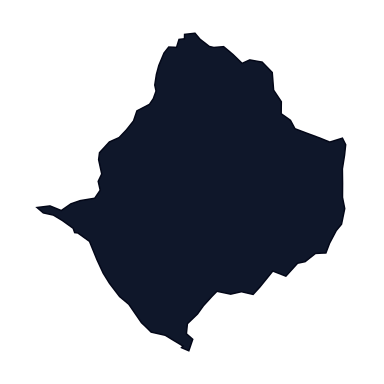 the district of Stavrokonnou, Paphos, Cyprus, rotated 274°
{"feature_id": "46923920B66998759901759", "entity_name": "Stavrokonnou", "entity_type": "district", "adm_level": 2, "iso_a3": "CYP", "parent_name": "Cyprus", "parent_adm1": "Paphos", "projection": "equal_earth", "projection_center": [32.616, 34.788], "detail": "fine", "context": "isolated", "style": "filled", "palette": "ink", "viewbox_px": 384, "rotation_deg": 274, "n_neighbors": 0, "source": "geoboundaries", "source_scale": "gbopen_adm2", "svg_char_len": 1285}
<svg xmlns="http://www.w3.org/2000/svg" viewBox="0 0 384 384"><g transform="rotate(274 192 192)"><path d="M36.0,192.4L33.4,199.9L45.1,203.0L50.2,196.3L60.3,196.6L70.7,206.0L79.3,211.3L89.3,219.2L94.7,223.8L92.8,237.7L96.0,248.3L94.1,260.1L101.9,266.3L118.8,278.1L114.6,291.5L128.3,302.3L130.4,309.7L139.3,319.4L140.1,325.8L140.5,329.8L150.5,332.8L163.6,338.6L170.3,343.4L186.1,345.5L197.1,342.5L211.1,341.6L225.6,340.4L239.3,341.6L249.9,342.0L256.2,338.3L251.4,325.9L254.7,315.9L258.8,301.9L262.3,290.3L270.4,285.2L276.3,275.5L288.3,274.8L299.3,266.3L316.8,263.7L326.5,252.9L327.0,247.7L327.8,240.4L323.8,233.0L332.0,223.3L339.2,213.4L337.7,203.7L338.4,199.1L345.0,189.3L350.6,183.9L348.7,173.6L344.3,173.8L343.3,168.4L335.2,166.5L335.0,158.7L328.7,154.4L316.0,150.1L306.9,148.3L296.1,147.4L290.2,149.1L282.4,146.9L276.5,143.5L269.1,131.4L258.8,128.7L249.3,122.2L241.2,115.5L236.2,106.1L224.8,97.0L217.8,96.6L203.7,100.7L196.1,97.7L187.4,100.3L179.0,95.4L175.6,81.1L171.8,72.1L164.4,62.9L168.2,51.3L165.7,38.5L160.8,45.1L159.3,55.3L154.5,64.7L147.5,76.0L143.3,77.8L143.2,80.9L135.6,93.2L117.7,102.0L104.8,109.1L95.1,116.1L82.6,127.1L75.6,136.8L58.1,150.7L53.4,156.4L49.4,161.0L47.2,175.3L42.6,184.2L37.7,193.8L36.0,192.4Z" fill="#0f172a" stroke="#020617" stroke-width="1.5"/></g></svg>